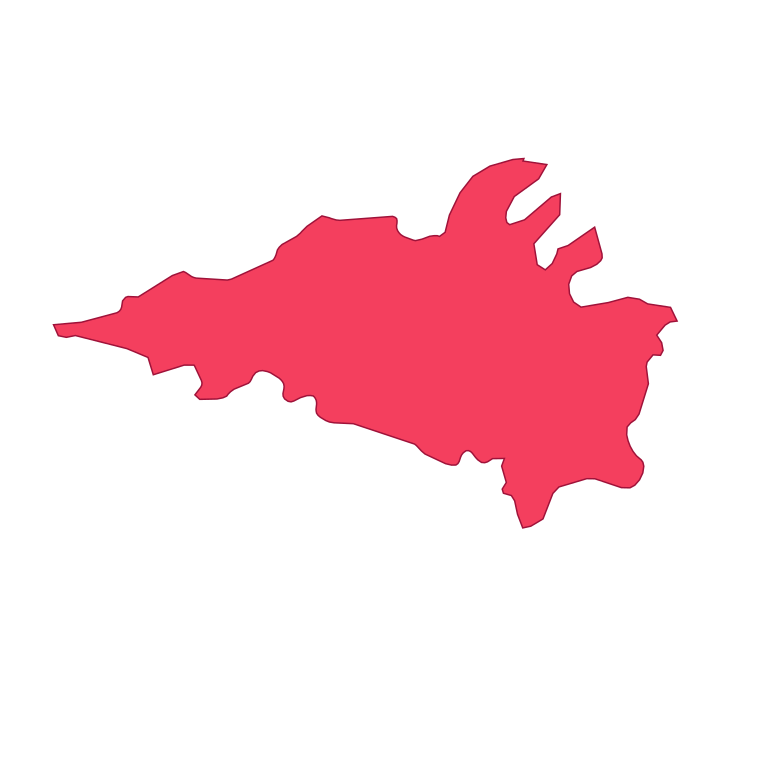 outline of Mantova, rotated 163°
{"feature_id": "ITA-5446", "entity_name": "Mantova", "entity_type": "Province", "adm_level": 1, "iso_a3": "ITA", "parent_name": "Italy", "parent_adm1": "", "projection": "equal_earth", "projection_center": [10.802, 45.169], "detail": "fine", "context": "isolated", "style": "filled", "palette": "rose", "viewbox_px": 768, "rotation_deg": 163, "n_neighbors": 0, "source": "natural_earth", "source_scale": "10m", "svg_char_len": 2855}
<svg xmlns="http://www.w3.org/2000/svg" viewBox="0 0 768 768"><g transform="rotate(163 384 384)"><path d="M166.6,435.2L172.9,432.5L178.2,425.4L180.2,416.1L178.7,406.9L173.1,399.9L145.7,396.3L125.5,395.6L114.9,390.4L108.4,383.5L87.6,373.5L85.3,358.5L92.2,359.7L98.0,358.1L108.9,351.0L106.4,342.3L107.3,334.5L111.2,330.6L118.2,333.2L126.0,328.0L128.1,324.1L131.1,306.9L148.9,280.7L154.1,276.5L159.5,274.7L164.1,271.8L166.8,264.4L167.2,258.4L166.8,252.5L165.6,246.8L163.6,241.5L160.2,236.2L159.3,233.5L159.6,229.4L162.5,223.3L167.6,217.7L173.7,213.9L179.1,212.8L187.3,215.5L210.0,231.7L217.8,234.2L246.8,234.4L254.5,230.0L271.4,208.5L285.2,205.1L293.4,205.8L294.4,220.3L293.2,234.1L294.8,240.1L301.7,244.6L301.7,248.9L295.8,254.1L295.5,271.1L290.6,277.6L302.0,280.9L307.8,279.3L310.7,279.3L313.7,280.5L316.5,284.1L317.9,287.0L319.8,292.1L321.0,294.2L322.7,295.6L325.0,296.2L328.2,295.1L330.4,293.6L332.1,291.7L334.8,287.9L336.6,286.3L338.9,285.5L343.1,286.7L348.4,289.8L365.3,305.1L367.8,309.1L371.0,315.7L372.3,317.6L424.9,355.0L443.1,361.5L447.3,363.6L450.4,366.1L454.6,370.8L456.2,373.3L457.0,375.8L456.8,377.9L456.4,379.7L454.4,384.3L453.9,386.0L453.6,388.2L453.9,390.4L454.4,391.9L455.2,393.3L457.7,394.5L461.1,395.4L467.8,395.4L475.2,394.1L478.1,394.1L480.8,395.5L483.4,398.8L484.0,401.8L483.4,404.4L481.1,408.7L480.2,411.0L479.9,413.6L480.4,416.0L481.4,418.3L482.6,420.3L489.3,428.0L491.9,430.0L496.1,432.3L499.6,433.0L503.4,432.4L507.2,429.8L509.4,427.3L511.4,425.4L513.4,424.4L529.0,422.9L533.0,421.5L536.0,419.9L538.0,418.4L542.1,417.9L548.1,418.5L564.7,423.2L568.0,428.9L560.2,434.5L558.6,436.2L557.7,438.3L557.6,440.7L559.8,456.3L560.2,457.6L569.6,460.5L601.9,460.3L601.9,478.4L619.5,493.0L665.0,520.6L674.1,521.5L681.3,525.4L682.7,537.3L655.3,531.5L618.4,530.2L615.8,531.0L613.9,532.3L612.4,534.3L609.7,539.9L605.8,542.4L603.3,542.5L593.6,539.1L554.7,549.6L542.9,550.2L541.1,548.6L536.6,543.0L534.8,541.5L532.7,540.2L503.4,529.2L499.3,528.9L454.0,534.8L452.4,535.9L450.9,537.4L449.4,539.2L446.7,543.4L444.2,545.4L440.7,547.2L424.5,550.7L419.9,552.7L417.8,554.0L411.5,557.3L394.2,562.9L393.6,562.5L387.8,559.0L386.0,557.6L381.7,554.8L378.3,553.4L326.8,541.8L324.8,540.3L323.6,538.5L323.8,536.3L324.6,534.0L325.7,531.8L326.3,529.4L326.2,526.8L325.5,524.4L324.4,522.1L322.9,520.2L321.3,518.6L313.8,512.9L312.0,511.9L305.3,511.4L297.1,511.9L292.8,511.2L289.6,510.2L287.8,508.9L281.2,511.2L272.0,526.5L255.4,544.6L238.3,556.6L219.0,561.4L195.1,561.0L185.6,559.0L184.3,558.7L185.9,556.6L164.1,546.2L176.1,535.0L204.6,525.2L216.5,513.3L219.0,507.3L219.3,502.5L217.2,499.6L201.6,499.9L169.3,513.9L159.6,514.5L166.5,494.5L199.7,474.3L202.6,453.3L196.4,446.0L187.9,450.0L180.7,457.9L178.1,462.3L167.5,462.6L136.7,472.4L137.5,444.7L138.5,440.8L140.7,438.6L145.5,436.3L152.3,435.0L166.6,435.2Z" fill="#f43f5e" stroke="#9f1239" stroke-width="1.5"/></g></svg>